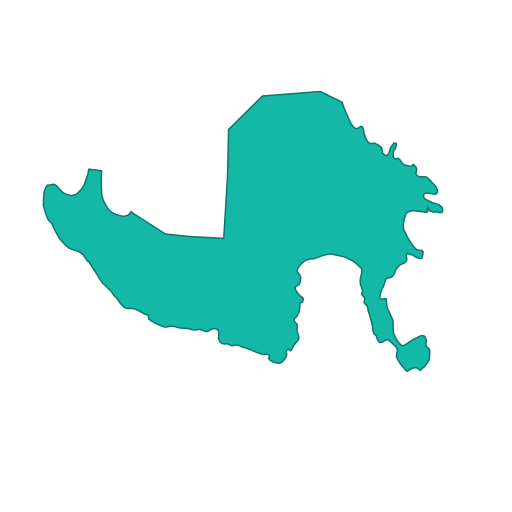 Tapion, Castries, Saint Lucia (Robinson projection), rotated 165°
{"feature_id": "8701671B53172954238098", "entity_name": "Tapion", "entity_type": "district", "adm_level": 2, "iso_a3": "LCA", "parent_name": "Saint Lucia", "parent_adm1": "Castries", "projection": "robinson", "projection_center": [-61.005, 14.014], "detail": "fine", "context": "isolated", "style": "filled", "palette": "teal", "viewbox_px": 512, "rotation_deg": 165, "n_neighbors": 0, "source": "geoboundaries", "source_scale": "gbopen_adm2", "svg_char_len": 6085}
<svg xmlns="http://www.w3.org/2000/svg" viewBox="0 0 512 512"><g transform="rotate(165 256 256)"><path d="M394.9,383.1L396.4,380.5L397.1,378.8L397.6,377.9L400.3,374.1L403.5,369.3L407.1,365.8L412.5,362.6L413.9,362.2L418.7,362.0L420.0,362.9L424.0,365.2L426.1,367.2L427.6,369.8L430.1,374.9L432.4,377.5L434.2,377.9L435.5,377.7L437.8,378.2L439.3,378.5L440.4,377.4L442.9,374.5L444.5,371.8L446.5,366.0L448.3,360.0L448.1,351.4L447.9,347.9L447.6,346.0L446.5,342.9L445.0,340.5L444.6,339.6L443.7,333.3L443.0,330.5L442.1,327.1L441.4,323.9L440.0,321.1L437.9,316.9L436.0,314.1L435.1,312.6L432.5,310.4L430.5,309.1L426.4,306.6L423.8,303.6L422.6,301.9L422.1,300.1L421.2,298.0L420.0,294.4L419.0,293.8L418.1,290.8L415.5,283.1L412.7,273.7L411.7,271.1L411.3,270.0L410.8,268.8L409.1,266.4L407.0,262.6L405.0,259.3L404.4,257.8L404.1,256.6L403.2,254.3L401.1,250.9L399.9,246.6L399.0,244.8L398.2,243.1L396.2,240.1L393.6,238.5L390.2,237.7L387.0,236.4L383.9,234.0L380.7,230.7L378.4,228.7L376.1,227.3L375.2,226.0L375.6,225.3L375.8,224.0L375.7,222.8L374.3,220.7L371.7,218.2L369.5,216.2L366.9,214.1L362.8,211.1L359.7,210.4L356.5,210.3L353.5,209.3L351.4,208.1L348.4,206.3L343.9,204.7L340.9,203.8L336.0,201.0L333.3,200.1L330.8,200.1L327.8,198.8L325.0,196.7L322.8,195.6L321.9,195.8L317.8,196.8L314.7,196.6L312.0,195.0L311.6,192.0L312.1,190.5L312.7,188.4L313.7,186.1L313.0,182.4L311.7,180.4L309.4,179.2L306.3,178.6L304.0,176.8L303.2,175.8L301.2,175.3L299.8,175.5L299.1,175.4L296.7,174.7L293.2,171.9L289.2,169.4L286.9,167.8L284.2,165.9L280.8,163.0L279.5,162.2L276.5,160.2L275.1,159.1L271.1,158.5L269.2,157.2L269.1,155.5L269.5,154.9L270.3,154.1L269.8,152.1L268.5,150.8L266.2,148.7L264.2,147.6L262.1,146.7L260.7,146.4L259.0,146.5L257.1,147.6L256.2,148.1L254.2,149.6L252.9,151.1L251.7,153.1L251.7,153.9L252.4,154.8L251.6,156.1L249.7,157.8L248.4,157.2L247.3,155.6L246.0,156.2L244.8,157.3L243.0,159.6L240.7,161.3L237.3,163.6L235.9,165.3L235.4,169.2L235.9,172.5L235.3,174.3L234.0,179.4L234.4,180.4L235.1,181.3L236.0,182.9L236.1,184.1L235.2,185.5L234.5,185.9L232.6,186.8L231.3,187.9L230.2,189.2L228.2,192.3L226.9,195.1L226.1,198.6L225.4,199.4L223.9,199.1L222.8,199.6L221.9,201.3L221.2,202.5L223.7,206.2L224.7,207.9L225.4,209.6L226.6,213.5L226.5,215.2L225.4,216.3L222.7,217.0L221.0,218.1L219.7,220.0L218.9,222.4L218.4,223.5L218.6,225.9L219.4,228.0L220.1,230.3L219.8,232.1L217.3,234.7L214.8,236.4L211.3,238.3L208.1,239.0L205.8,239.2L204.8,239.2L202.8,238.8L201.1,238.3L193.8,239.0L190.6,239.2L186.5,239.1L183.9,238.9L178.3,236.2L174.7,234.3L171.8,232.8L170.3,231.9L167.8,229.8L164.9,227.3L164.1,226.5L163.2,225.5L161.9,223.7L160.6,222.0L158.3,218.1L157.2,216.6L157.4,214.4L158.2,212.6L160.4,208.4L161.1,206.9L162.1,203.9L162.5,200.7L162.3,199.0L162.0,196.9L162.2,194.4L163.9,191.5L163.3,190.0L162.2,188.2L161.7,186.9L163.7,183.1L162.8,180.9L161.9,179.9L161.4,177.4L161.9,173.5L161.5,169.1L161.5,160.1L161.7,157.6L162.3,154.1L162.5,152.9L162.1,150.1L160.5,147.7L160.4,144.2L159.6,141.3L158.4,140.2L156.3,140.1L153.6,140.9L151.3,141.4L150.0,140.9L148.2,138.4L146.7,136.1L144.2,131.8L143.7,129.0L143.8,128.0L145.1,125.9L146.1,123.4L146.4,122.2L145.9,119.1L145.1,116.7L144.6,114.8L143.6,112.5L141.6,108.4L140.7,106.4L139.7,105.5L137.5,106.2L135.1,106.8L132.9,107.1L130.2,106.7L128.2,104.9L127.3,103.1L125.6,103.7L121.3,105.9L118.1,108.6L115.4,111.2L114.1,114.8L113.2,118.1L112.7,119.6L113.0,121.4L114.6,124.3L115.1,126.3L114.0,128.9L113.4,129.6L113.4,132.0L113.7,133.7L114.1,135.0L115.4,135.9L117.1,136.2L118.9,136.1L119.9,135.9L121.6,135.4L123.3,135.2L126.8,134.4L128.8,133.7L132.0,132.6L133.8,132.0L135.5,131.6L137.1,131.3L138.5,132.1L139.1,132.8L139.6,133.7L141.5,137.4L142.9,143.9L143.0,145.6L143.0,147.1L142.8,148.1L142.0,151.6L141.0,155.0L140.5,158.1L140.7,161.0L141.0,162.2L141.9,167.9L142.6,170.9L142.5,172.9L142.2,175.5L141.9,177.9L141.5,179.3L141.3,180.7L141.7,181.3L143.6,181.6L144.8,181.5L145.7,181.6L146.4,182.1L147.3,183.5L146.6,185.4L145.6,187.3L144.3,189.5L143.0,191.3L141.3,193.0L138.6,196.8L137.0,199.7L136.2,200.2L135.5,200.5L134.0,200.6L131.1,200.4L128.8,201.5L127.1,202.9L125.9,204.6L124.5,206.3L123.5,207.5L120.9,209.2L119.8,209.8L118.8,210.1L116.3,210.7L114.3,210.9L112.1,212.2L111.2,213.7L110.9,215.6L111.0,216.8L110.7,218.2L109.2,219.5L107.7,218.3L104.6,216.5L102.5,214.2L100.4,212.4L98.3,211.3L96.7,210.8L95.3,212.6L94.1,215.1L93.5,217.1L94.2,218.5L95.7,218.8L97.1,219.4L98.1,219.8L99.3,220.6L101.1,224.0L101.8,225.3L102.1,226.3L103.5,230.6L104.5,233.8L104.9,235.2L105.2,237.1L105.3,238.0L105.9,240.8L106.5,243.2L106.1,246.1L105.7,248.1L103.5,252.7L101.8,255.7L100.1,258.0L98.6,258.9L96.0,259.3L93.0,259.3L85.0,256.2L81.4,254.6L79.2,254.1L78.4,254.7L78.6,256.8L77.6,258.6L76.7,255.5L75.5,253.9L73.8,252.7L72.4,252.2L70.7,252.2L69.5,251.8L67.9,250.6L66.0,250.0L64.6,250.2L63.7,251.9L63.7,254.5L64.4,256.0L66.3,258.2L68.5,260.0L71.3,261.4L77.7,267.0L78.8,268.8L78.5,271.3L77.0,272.8L74.3,272.6L70.9,271.0L69.2,270.1L68.2,269.7L66.6,269.2L64.5,270.2L63.8,271.5L63.9,273.9L64.4,276.8L65.4,278.7L67.3,282.0L68.1,283.8L68.7,284.9L70.0,286.9L70.7,287.9L72.0,288.7L76.5,289.9L77.4,290.3L78.6,291.0L79.2,291.5L79.8,292.5L80.3,293.6L79.8,295.3L79.2,296.1L78.3,298.4L78.4,300.1L80.1,303.6L81.2,303.6L81.7,302.5L82.9,302.3L84.2,302.9L89.3,305.8L90.9,308.1L91.2,309.0L92.2,311.9L93.4,313.7L94.3,313.6L96.7,313.9L97.8,315.2L97.7,315.9L96.6,321.2L94.6,322.8L93.9,323.3L92.0,326.4L91.4,328.5L93.6,329.4L95.3,328.1L98.4,325.4L100.5,321.5L103.3,319.2L105.7,320.2L107.2,323.1L106.6,326.7L106.8,328.2L108.3,330.6L110.3,332.6L112.3,334.3L114.1,334.5L116.7,335.2L118.0,336.5L119.0,338.8L119.4,341.3L119.8,345.0L119.8,347.7L119.5,351.3L119.9,353.3L121.3,354.1L123.2,353.3L125.6,352.9L127.1,353.7L128.5,355.3L129.7,358.5L130.5,361.8L131.0,364.7L132.2,372.9L132.7,377.3L133.0,381.1L132.8,382.0L151.2,398.2L208.4,408.9L249.7,385.3L262.9,340.3L282.6,281.4L315.4,292.1L337.9,300.7L363.0,328.3L365.2,331.2L367.6,329.3L368.8,328.5L373.6,328.5L377.1,330.3L380.1,332.0L383.6,334.9L384.6,336.4L386.7,340.0L388.0,344.4L389.1,349.2L389.3,354.6L386.3,367.9L383.1,378.3L394.9,383.1Z" fill="#14b8a6" stroke="#0f766e" stroke-width="1.5"/></g></svg>